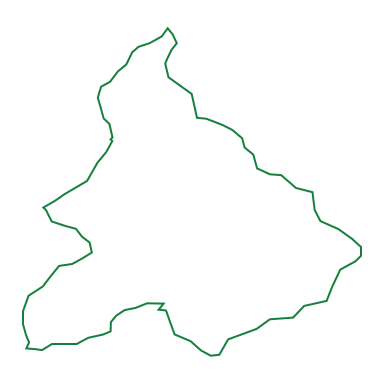 Alassa, Limassol, Cyprus, rotated 270°
{"feature_id": "46923920B84762043089048", "entity_name": "Alassa", "entity_type": "district", "adm_level": 2, "iso_a3": "CYP", "parent_name": "Cyprus", "parent_adm1": "Limassol", "projection": "robinson", "projection_center": [32.925, 34.757], "detail": "fine", "context": "isolated", "style": "outline", "palette": "green", "viewbox_px": 384, "rotation_deg": 270, "n_neighbors": 0, "source": "geoboundaries", "source_scale": "gbopen_adm2", "svg_char_len": 1298}
<svg xmlns="http://www.w3.org/2000/svg" viewBox="0 0 384 384"><g transform="rotate(270 192 192)"><path d="M176.5,43.4L173.9,46.0L162.5,51.7L158.3,64.4L155.2,75.9L147.3,82.0L141.5,89.6L131.5,91.8L125.5,82.2L120.0,72.1L118.1,59.1L106.7,49.8L97.7,43.0L88.3,28.6L72.8,23.0L59.8,23.0L48.8,26.1L41.5,29.1L35.6,26.3L34.8,35.9L33.9,42.0L40.0,52.0L40.0,63.9L40.0,76.7L46.2,88.3L49.6,103.5L52.7,110.6L61.9,110.9L68.4,116.3L73.9,124.6L76.1,135.6L80.7,147.1L80.4,163.6L74.3,158.6L73.5,166.0L61.9,170.1L49.6,174.6L42.8,190.6L33.5,201.1L28.3,210.7L29.2,219.3L44.6,228.1L55.1,256.6L64.7,269.9L66.4,293.1L78.1,304.2L83.1,326.6L91.7,330.0L97.7,332.4L114.4,340.3L122.8,355.6L128.2,361.0L137.0,361.0L142.6,354.8L145.0,352.3L155.0,338.2L162.9,320.4L174.2,314.6L191.8,312.5L196.0,296.0L208.9,281.1L209.7,269.9L215.6,257.1L229.4,253.3L236.5,244.6L245.7,242.2L254.1,232.2L259.1,222.3L265.3,206.2L266.2,197.0L290.0,191.7L300.9,176.6L306.7,168.5L320.5,165.2L325.2,167.2L334.3,171.6L340.8,176.8L349.7,172.6L355.7,167.7L347.5,161.6L340.8,149.5L337.2,138.5L331.7,132.2L319.5,126.3L312.7,118.0L302.2,110.0L297.3,101.1L286.4,97.8L276.4,100.7L265.5,103.7L260.1,109.4L246.5,112.5L244.7,110.6L243.0,112.3L232.0,106.3L221.4,97.5L203.1,87.1L189.8,64.5L183.0,54.7L176.5,43.4Z" fill="none" stroke="#15803d" stroke-width="2"/></g></svg>